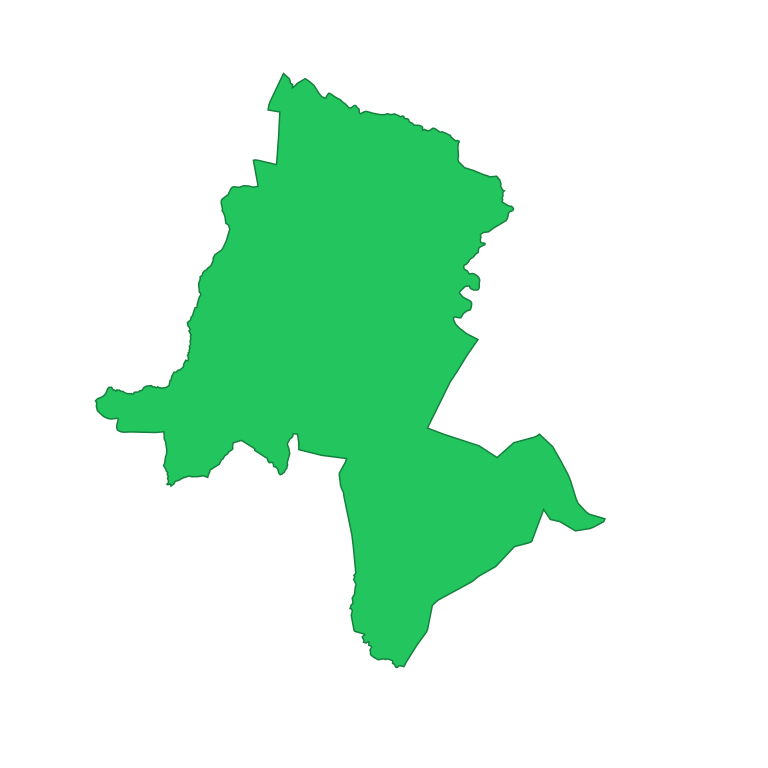 the district of Chu Se, Gia Lai, Vietnam, rotated 24°
{"feature_id": "81297802B12572198720361", "entity_name": "Chu Se", "entity_type": "district", "adm_level": 2, "iso_a3": "VNM", "parent_name": "Vietnam", "parent_adm1": "Gia Lai", "projection": "albers", "projection_center": [108.095, 13.698], "detail": "fine", "context": "isolated", "style": "filled", "palette": "green", "viewbox_px": 768, "rotation_deg": 24, "n_neighbors": 0, "source": "geoboundaries", "source_scale": "gbopen_adm2", "svg_char_len": 6170}
<svg xmlns="http://www.w3.org/2000/svg" viewBox="0 0 768 768"><g transform="rotate(24 384 384)"><path d="M127.3,516.8L129.2,518.0L130.4,521.6L133.2,525.1L141.0,527.7L145.3,527.9L148.9,527.0L154.4,523.8L155.5,523.9L156.8,530.8L157.6,532.6L159.1,534.4L161.0,534.7L163.3,534.6L165.6,534.0L172.1,530.8L194.9,521.3L202.4,517.2L205.7,523.7L207.8,525.5L212.4,532.6L213.9,536.7L214.0,539.4L215.7,544.9L215.9,548.3L219.5,550.7L220.5,552.1L222.4,552.8L222.8,554.7L224.6,556.3L224.6,558.1L226.7,560.5L227.1,561.9L226.5,563.9L227.4,564.0L229.3,562.5L230.0,562.4L230.9,563.9L232.8,560.6L232.8,558.0L236.4,554.8L236.7,553.6L238.3,552.3L238.9,550.8L240.0,550.5L242.8,547.7L246.5,546.7L251.7,544.3L256.3,541.3L260.9,541.1L260.5,538.2L260.6,535.3L260.1,533.3L266.2,524.2L266.2,519.5L267.3,518.1L267.7,514.5L269.5,511.4L269.8,509.3L272.1,505.3L272.1,504.3L270.8,502.1L270.2,499.1L276.7,493.5L292.4,495.7L292.8,497.2L305.4,499.2L307.1,499.1L310.0,502.1L310.9,502.5L311.9,502.3L313.3,501.2L314.5,501.2L315.3,501.9L316.7,504.2L319.5,503.9L321.7,505.1L324.3,508.3L326.1,509.1L327.5,507.7L327.7,506.9L328.8,505.3L328.8,503.1L329.5,500.5L329.0,498.8L329.0,497.4L327.6,495.2L326.2,486.0L323.5,481.9L320.0,478.1L320.3,472.9L321.7,470.1L321.9,468.6L321.3,466.7L321.8,466.1L325.5,465.1L330.0,472.3L332.9,478.6L356.2,474.5L380.2,467.3L380.5,471.6L379.5,483.5L380.0,485.0L385.6,494.4L388.3,497.3L390.8,499.2L393.7,503.8L416.1,535.0L423.1,546.8L435.2,568.3L434.3,571.1L435.6,571.9L435.9,575.0L440.1,578.5L440.5,581.8L442.6,588.1L442.0,592.4L445.0,597.0L443.9,599.0L444.3,603.0L445.5,602.6L447.3,604.0L448.2,608.7L456.6,620.9L457.4,621.7L458.2,621.8L468.2,620.4L468.5,620.8L466.9,623.6L467.5,624.5L470.0,626.2L470.4,628.3L473.2,627.8L474.1,625.9L475.1,625.7L476.4,628.9L478.7,628.7L479.7,629.3L479.3,632.4L480.8,634.5L481.3,636.0L482.5,637.0L486.7,638.0L491.0,638.2L495.1,635.4L497.4,635.1L498.8,633.7L504.2,633.3L504.9,633.9L505.5,635.8L507.6,635.8L509.4,637.6L510.6,637.9L511.6,637.4L512.2,635.5L512.9,634.9L517.2,634.1L517.4,629.3L520.3,609.2L523.7,593.3L523.6,590.3L518.2,566.5L521.4,559.3L544.7,528.9L548.7,521.1L560.3,505.3L569.3,479.5L580.7,470.4L583.0,467.9L580.9,433.7L591.0,440.1L600.6,438.2L618.6,440.3L630.8,432.4L633.4,429.8L640.7,420.4L640.7,417.3L624.4,419.5L620.6,418.6L609.9,414.1L606.7,411.3L593.5,396.2L588.6,391.6L575.7,381.5L563.5,372.6L546.3,366.6L544.9,369.3L542.6,371.7L526.5,384.8L517.2,405.2L496.0,401.8L459.2,405.6L441.6,406.6L443.6,355.4L445.7,343.0L448.3,323.4L451.8,305.2L438.7,304.4L429.6,302.1L425.1,300.2L421.6,297.3L421.0,296.2L420.9,294.7L421.6,293.7L426.0,292.9L427.4,292.0L427.9,287.2L430.0,283.5L432.5,281.4L432.6,278.9L431.6,275.3L430.6,273.7L428.5,273.0L421.1,272.6L416.1,270.3L415.7,268.9L418.1,262.6L419.3,261.2L422.0,259.8L424.3,261.6L427.5,261.7L430.9,260.2L431.7,259.3L431.9,258.1L431.5,256.2L430.1,253.6L429.2,250.1L427.3,248.2L425.2,247.3L421.7,246.7L420.1,247.0L417.0,248.8L414.2,246.8L410.5,246.4L409.0,244.2L408.9,242.9L410.4,241.3L411.7,237.6L411.5,236.4L411.9,235.0L413.9,231.8L415.1,227.6L416.5,225.7L415.4,221.7L415.7,220.3L419.5,215.5L419.3,214.8L418.3,214.4L416.3,215.3L414.6,215.1L413.4,213.3L412.9,210.5L411.5,208.7L411.4,208.0L413.3,205.0L417.6,202.5L420.7,196.9L429.0,185.2L429.4,182.4L428.3,177.2L428.8,175.4L431.1,173.3L431.1,171.4L430.6,170.8L428.4,169.8L425.5,170.6L417.7,169.7L417.5,167.4L416.3,166.1L416.2,163.9L414.6,160.5L415.4,158.6L413.7,158.7L410.2,156.0L409.3,153.3L406.3,150.1L404.5,150.0L404.1,149.0L402.3,148.4L396.2,151.9L394.3,151.6L389.5,152.3L379.5,152.5L369.5,153.6L361.6,150.5L360.3,149.1L359.4,145.7L355.2,137.6L354.0,133.8L354.3,132.4L353.9,131.7L352.0,131.7L350.5,132.6L349.6,132.6L344.4,131.0L343.6,130.0L338.2,129.8L334.4,130.0L333.0,131.2L327.0,130.0L325.0,130.2L324.2,130.9L323.2,133.0L321.3,134.9L319.5,134.8L318.8,135.3L317.7,134.8L316.1,136.4L314.8,133.7L313.1,133.3L311.2,133.3L306.4,135.3L304.0,134.3L300.5,134.3L298.9,132.5L297.9,132.1L295.1,133.0L293.9,132.5L293.4,131.6L291.9,131.6L290.1,133.4L288.0,132.8L285.8,133.1L283.9,132.9L280.7,135.1L279.7,135.5L278.5,135.3L276.9,135.9L275.4,137.4L271.8,139.2L264.4,141.0L257.0,142.1L255.3,143.3L252.5,146.8L250.9,146.0L249.5,143.1L247.4,142.6L245.4,141.3L244.5,141.2L243.6,141.7L241.5,145.2L239.9,146.1L235.2,144.0L230.8,143.1L229.1,142.2L221.9,141.6L217.4,140.6L215.6,140.7L215.1,141.2L214.5,144.4L214.5,146.8L210.3,146.9L206.0,144.7L198.8,139.8L193.1,138.0L187.8,137.1L183.3,143.5L182.1,145.5L181.8,147.3L179.8,150.6L178.6,147.5L176.0,147.3L175.0,145.3L173.3,143.6L165.9,141.2L165.1,171.4L165.3,175.6L166.6,180.8L178.2,177.9L186.8,200.1L196.6,227.3L178.2,230.8L175.1,231.7L173.7,232.8L188.6,254.5L184.7,257.3L180.1,258.1L175.4,259.8L171.7,263.2L166.3,265.0L165.2,266.3L164.7,268.1L164.6,274.3L160.9,281.1L160.7,282.4L161.7,285.0L165.3,289.9L165.6,291.5L168.0,293.1L170.8,296.0L174.1,301.5L177.2,302.0L180.1,305.2L181.7,317.3L181.6,325.4L181.2,327.6L176.9,334.8L176.8,338.9L177.7,340.6L177.8,346.3L175.8,350.0L175.5,351.7L173.8,354.1L173.3,355.8L173.7,358.7L172.4,361.1L173.4,362.7L173.8,367.4L174.9,369.9L176.7,372.6L177.7,375.0L179.3,375.6L180.4,377.1L179.9,379.5L180.3,382.8L181.0,387.1L182.0,389.9L180.4,391.1L181.0,397.8L181.5,399.1L180.6,401.1L181.2,404.4L179.4,407.8L181.5,410.8L183.1,411.4L184.8,413.2L184.9,413.7L184.2,414.5L184.6,415.2L187.7,417.5L187.8,419.2L189.4,421.8L189.2,423.3L191.1,426.4L191.0,429.1L192.3,430.3L192.1,432.1L193.3,434.0L192.4,434.9L193.1,435.9L192.9,437.9L194.2,438.7L194.4,439.8L195.1,440.1L195.4,442.5L195.2,442.8L193.2,442.9L193.0,447.0L193.7,449.8L193.3,451.2L191.5,454.7L190.4,454.9L189.7,456.4L189.6,457.5L187.7,458.5L187.3,459.0L187.0,463.3L187.8,466.8L187.1,467.7L188.2,472.5L187.2,474.7L185.7,476.3L184.1,477.0L182.9,478.3L180.9,478.4L179.8,478.9L178.4,478.6L177.7,480.0L175.7,479.9L174.0,480.8L172.1,480.1L167.8,482.6L165.8,485.4L165.9,487.0L165.3,488.5L163.7,489.4L162.9,491.2L159.4,493.0L159.0,494.9L158.4,495.6L157.3,495.5L153.8,497.1L151.9,497.4L149.9,497.4L148.8,496.9L146.9,497.6L144.3,497.3L143.5,498.1L142.5,497.9L141.9,499.6L140.3,499.2L138.9,499.6L136.5,497.8L134.0,499.0L133.5,500.6L133.7,505.6L133.2,507.8L131.2,511.0L128.4,513.8L127.3,516.8Z" fill="#22c55e" stroke="#15803d" stroke-width="1.5"/></g></svg>